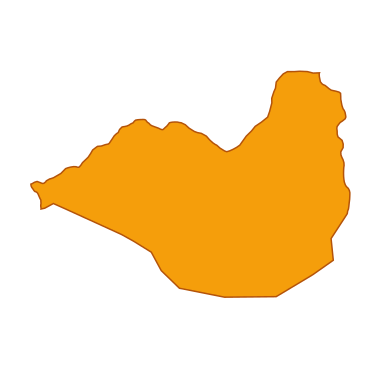 outline of Langchhenphu, Samdrup Jongkhar, Bhutan, rotated 355°
{"feature_id": "84629894B84259399341451", "entity_name": "Langchhenphu", "entity_type": "district", "adm_level": 2, "iso_a3": "BTN", "parent_name": "Bhutan", "parent_adm1": "Samdrup Jongkhar", "projection": "natural_earth1", "projection_center": [92.002, 26.919], "detail": "fine", "context": "isolated", "style": "filled", "palette": "amber", "viewbox_px": 384, "rotation_deg": 355, "n_neighbors": 0, "source": "geoboundaries", "source_scale": "gbopen_adm2", "svg_char_len": 2715}
<svg xmlns="http://www.w3.org/2000/svg" viewBox="0 0 384 384"><g transform="rotate(355 192 192)"><path d="M329.4,84.4L323.1,84.1L317.4,82.1L309.8,81.1L304.6,81.0L297.5,80.4L293.2,82.3L289.0,86.1L285.5,89.8L284.2,95.9L282.3,99.3L279.6,105.6L279.3,110.2L276.4,118.4L273.9,124.0L267.2,128.5L260.7,132.1L256.6,136.4L250.9,141.1L243.7,149.5L240.4,151.4L236.8,153.0L233.1,154.3L230.1,154.9L228.1,154.0L223.7,150.7L220.7,147.5L219.3,146.7L216.9,144.7L214.0,141.5L211.2,137.6L206.4,134.4L202.6,133.3L199.6,131.9L194.6,128.1L191.2,124.4L187.3,122.1L185.2,121.6L183.7,121.1L181.4,120.8L179.1,120.7L177.0,120.8L175.5,121.1L174.1,122.7L172.6,124.2L170.8,125.5L168.7,127.2L167.8,127.3L166.3,126.8L164.2,125.5L161.4,124.2L159.7,123.4L157.8,122.5L156.3,121.4L155.1,119.8L153.6,118.6L152.1,116.3L151.3,115.8L149.8,115.5L147.8,115.4L145.9,115.3L144.2,115.3L142.1,115.5L140.8,116.4L139.3,118.0L137.2,118.7L135.0,119.9L132.9,120.6L130.8,120.9L128.9,121.0L127.7,121.3L126.5,122.4L125.4,123.3L124.2,125.3L123.8,126.3L121.9,127.3L119.5,129.2L117.2,132.1L113.8,136.3L112.8,136.9L109.7,137.3L105.7,138.3L101.8,138.3L99.5,139.7L96.7,141.5L94.4,144.8L91.6,148.3L86.9,152.1L85.5,153.2L83.8,155.4L82.3,156.9L81.4,157.5L80.0,157.3L78.7,156.7L76.3,156.4L73.2,156.6L70.3,157.1L68.1,157.7L65.7,159.8L63.0,162.1L60.9,163.1L58.3,164.3L55.3,165.7L53.0,166.3L51.3,166.6L47.8,168.2L47.2,169.1L45.2,170.4L44.1,170.5L42.9,170.1L42.2,169.7L40.5,168.9L38.6,168.0L35.9,168.6L33.4,169.8L32.2,170.1L32.2,171.2L32.3,172.1L32.7,173.3L33.3,174.3L33.9,175.3L34.6,176.6L35.3,177.6L35.7,177.9L36.7,178.3L37.4,178.8L38.0,179.6L38.4,180.4L38.8,181.6L39.0,182.2L39.3,183.1L39.8,184.6L40.2,185.7L40.6,186.5L40.7,187.0L40.7,187.6L40.6,188.5L40.6,189.2L40.6,190.1L40.4,191.0L40.2,191.8L40.1,192.7L40.2,195.3L40.1,195.8L43.9,195.3L52.9,191.4L65.3,198.3L118.1,228.2L129.2,235.7L146.2,248.4L154.5,267.6L171.1,286.8L215.2,299.6L266.7,303.6L305.3,284.8L326.8,272.3L326.5,250.5L341.8,231.0L344.8,227.1L345.4,224.5L346.4,222.5L347.0,219.9L347.6,216.8L348.4,213.0L348.9,209.3L349.2,206.5L348.9,204.2L348.0,202.0L346.2,200.0L345.3,198.1L344.6,195.3L344.4,192.6L344.4,189.7L344.6,186.5L344.9,183.8L345.3,181.0L345.8,178.8L345.9,176.1L345.3,173.1L344.2,170.2L343.6,167.9L343.7,165.0L345.1,162.9L346.4,161.0L346.8,157.4L346.0,153.6L344.1,151.7L342.2,149.8L341.7,147.0L341.9,144.0L341.8,141.4L342.2,139.5L343.9,137.5L345.6,135.7L348.0,134.4L351.0,132.4L351.8,130.7L351.7,128.8L351.4,126.0L350.7,123.9L349.7,122.2L348.9,118.8L348.6,116.0L348.3,112.6L348.5,109.6L348.6,106.6L347.2,105.3L344.1,104.1L339.6,102.7L337.6,101.1L335.2,98.7L333.8,97.4L331.9,96.4L330.9,95.5L329.5,93.4L329.2,90.9L328.9,88.1L329.0,85.2L329.4,84.4Z" fill="#f59e0b" stroke="#b45309" stroke-width="1.5"/></g></svg>